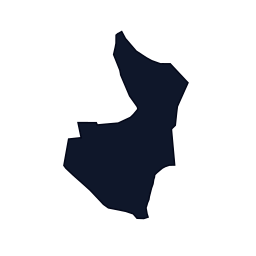 outline of Ekiti South-West, Ekiti, Nigeria, rotated 332°
{"feature_id": "59680162B46774046834533", "entity_name": "Ekiti South-West", "entity_type": "district", "adm_level": 2, "iso_a3": "NGA", "parent_name": "Nigeria", "parent_adm1": "Ekiti", "projection": "equal_earth", "projection_center": [5.068, 7.525], "detail": "fine", "context": "isolated", "style": "filled", "palette": "ink", "viewbox_px": 256, "rotation_deg": 332, "n_neighbors": 0, "source": "geoboundaries", "source_scale": "gbopen_adm2", "svg_char_len": 1199}
<svg xmlns="http://www.w3.org/2000/svg" viewBox="0 0 256 256"><g transform="rotate(332 128 128)"><path d="M151.8,182.6L165.4,150.3L166.1,149.2L171.0,147.8L178.3,137.0L179.7,135.0L181.6,132.3L181.9,132.0L182.3,131.7L185.2,129.4L192.3,123.9L196.1,120.9L198.6,119.0L199.5,118.3L200.3,117.7L201.4,116.8L202.2,116.2L201.2,112.6L200.0,108.1L198.6,103.0L197.7,99.6L196.5,95.2L195.4,91.1L194.2,90.5L191.0,88.8L189.2,87.8L186.7,86.5L184.4,84.0L180.5,79.7L177.1,74.5L171.3,63.9L167.7,47.8L167.7,39.9L164.2,40.0L163.4,39.9L161.1,40.4L157.2,47.6L154.8,50.6L149.8,56.4L148.0,73.0L146.8,77.0L146.5,77.5L144.5,100.5L146.2,113.6L145.6,116.0L139.3,118.6L135.1,119.8L121.7,119.1L109.7,114.0L102.3,110.9L102.5,108.4L86.4,99.8L82.1,114.6L70.4,109.9L53.8,131.0L54.3,134.4L57.6,144.1L62.3,156.7L65.3,164.9L68.9,177.9L70.5,183.9L73.2,189.3L82.2,196.6L83.6,197.8L86.9,200.5L92.3,206.2L93.6,211.9L99.4,215.3L100.4,215.5L103.9,216.1L104.5,212.8L106.4,206.9L108.1,205.3L110.1,203.2L112.9,200.9L114.5,198.7L120.5,192.1L123.8,189.1L126.5,185.5L128.1,184.0L129.7,181.8L131.1,181.4L132.4,181.0L135.7,180.3L139.5,179.5L142.8,179.5L147.1,180.2L151.6,182.5L151.8,182.6Z" fill="#0f172a" stroke="#020617" stroke-width="1.5"/></g></svg>